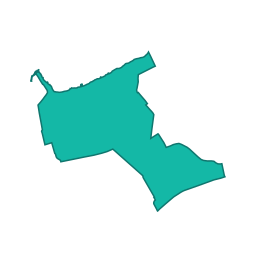 Bab Sharqi, Al Iskandariyah, Egypt, rotated 8°
{"feature_id": "37247803B50327552497363", "entity_name": "Bab Sharqi", "entity_type": "district", "adm_level": 2, "iso_a3": "EGY", "parent_name": "Egypt", "parent_adm1": "Al Iskandariyah", "projection": "albers", "projection_center": [29.912, 31.205], "detail": "fine", "context": "isolated", "style": "filled", "palette": "teal", "viewbox_px": 256, "rotation_deg": 8, "n_neighbors": 0, "source": "geoboundaries", "source_scale": "gbopen_adm2", "svg_char_len": 4808}
<svg xmlns="http://www.w3.org/2000/svg" viewBox="0 0 256 256"><g transform="rotate(8 128 128)"><path d="M66.2,170.8L82.6,165.0L88.5,162.9L97.9,159.7L105.3,156.7L110.5,154.3L115.9,151.0L149.3,173.2L149.9,175.0L163.8,192.8L163.3,193.1L165.1,195.5L164.3,196.5L164.0,197.4L163.9,198.1L163.9,198.8L164.2,199.6L164.5,200.1L167.5,204.2L168.6,205.9L168.9,206.1L170.6,203.8L175.7,197.9L182.7,190.0L183.7,189.1L188.2,185.2L189.5,184.1L191.1,182.9L192.7,181.9L196.8,179.8L210.0,172.9L220.1,167.5L221.8,166.8L226.8,164.8L230.8,162.8L230.0,161.7L225.9,150.3L224.4,150.8L222.0,151.0L219.9,150.3L217.7,149.0L215.3,149.0L211.2,149.6L207.3,149.6L204.8,149.0L201.5,147.0L191.8,140.3L189.3,138.9L183.3,136.8L180.6,136.2L177.9,137.0L175.2,138.1L172.6,139.8L168.5,141.9L167.7,140.6L165.4,137.3L163.9,135.6L159.2,130.1L158.5,129.6L152.0,135.1L151.8,126.9L151.7,111.2L150.6,109.7L149.4,108.6L146.6,106.3L142.4,102.7L143.8,101.2L141.2,98.5L135.3,93.3L133.2,91.4L132.6,91.8L131.9,91.0L131.2,89.1L131.4,87.5L131.7,80.9L131.0,77.4L130.8,73.7L144.6,64.1L146.4,63.0L140.4,53.8L137.7,49.9L137.5,50.5L137.2,51.2L136.9,51.5L136.8,52.0L136.0,53.0L135.4,53.5L134.7,54.6L134.2,55.1L133.5,55.6L132.6,56.1L132.2,56.2L131.1,56.5L130.2,56.9L129.0,57.5L127.1,58.1L125.7,58.7L125.0,59.1L124.6,59.2L124.3,59.6L124.1,59.9L123.7,60.4L123.3,60.6L123.2,60.8L121.3,62.1L119.8,63.4L119.5,63.7L118.8,63.9L118.3,64.0L117.9,64.2L117.4,64.3L117.1,64.4L116.8,64.6L116.4,65.0L115.2,66.6L114.6,67.1L114.2,67.5L113.9,67.8L113.6,68.3L113.3,68.7L112.9,69.1L110.9,70.3L108.7,70.6L106.6,72.2L104.4,74.0L104.2,74.6L103.9,75.0L103.6,75.4L102.9,76.1L101.9,76.7L101.7,76.4L101.4,76.3L101.1,76.3L100.8,76.4L100.6,76.7L100.5,77.0L100.6,77.4L100.1,77.8L99.2,78.1L98.7,78.4L98.4,78.7L98.1,79.5L96.5,80.6L95.6,81.2L94.8,81.7L94.5,81.8L94.4,81.7L94.1,81.5L94.0,81.2L93.9,81.2L93.8,81.3L93.7,81.5L93.8,81.8L93.9,82.0L94.0,82.2L93.9,82.3L92.8,82.9L92.4,83.2L91.9,83.4L91.7,83.4L91.4,83.4L90.8,83.5L90.0,84.0L89.6,84.4L88.7,84.8L88.3,85.1L87.9,85.6L87.3,86.0L87.0,86.3L86.5,86.6L86.1,87.1L85.6,87.3L85.1,87.5L84.7,87.7L84.2,88.1L83.8,88.6L83.7,88.8L83.5,89.1L83.1,89.5L82.7,89.7L80.9,90.7L79.9,91.5L78.9,92.1L78.2,92.5L77.6,92.8L77.2,93.0L76.6,93.2L76.4,92.7L76.7,92.5L76.6,91.1L76.3,90.9L76.1,91.0L75.9,91.1L75.9,91.5L75.2,91.6L75.2,91.9L75.2,93.0L76.1,92.6L76.3,93.3L76.1,93.5L75.9,93.5L75.4,93.7L75.0,93.8L74.6,94.1L73.8,94.4L73.0,94.4L72.5,94.8L72.4,94.9L72.3,95.1L72.2,95.1L71.9,95.3L71.2,95.6L70.0,95.8L69.3,95.8L68.3,96.1L67.2,96.2L66.8,96.3L66.5,96.2L66.4,96.5L66.1,96.9L65.8,97.0L65.3,97.0L65.2,97.0L65.1,97.6L64.8,98.1L64.3,98.6L63.3,99.3L62.0,99.9L61.4,100.1L60.6,100.3L59.2,100.8L58.9,101.0L58.0,101.4L57.6,101.5L57.2,101.7L55.6,102.1L55.2,102.2L54.7,102.3L53.7,102.2L52.3,102.3L51.3,102.3L50.5,102.2L50.0,102.3L49.9,102.3L49.5,101.9L49.0,101.5L47.8,100.1L47.7,99.9L47.6,99.7L47.2,99.1L47.0,98.6L46.8,98.3L46.7,98.0L46.5,97.8L46.3,97.5L46.0,97.1L45.5,96.9L45.3,96.7L44.7,96.5L44.5,96.2L44.5,95.9L44.3,95.9L44.1,96.0L44.0,95.9L43.8,95.9L43.7,95.9L43.0,95.5L42.3,95.1L42.3,94.1L42.2,94.0L42.1,94.6L41.0,94.2L40.7,93.9L40.0,93.6L39.8,93.4L39.1,93.0L38.3,92.5L37.9,92.0L37.6,91.8L37.2,91.2L37.0,90.7L37.0,90.2L36.9,89.9L36.7,89.8L36.3,89.9L36.1,89.8L35.4,89.0L35.3,88.8L35.4,88.7L35.3,88.4L35.2,88.3L34.9,88.1L34.9,87.8L34.6,87.4L34.3,87.2L34.2,87.1L34.2,86.9L33.9,86.7L34.0,86.6L33.9,86.5L33.6,86.6L33.4,86.4L33.2,85.9L32.9,85.7L32.6,85.4L32.4,85.2L31.9,84.6L31.7,84.5L31.7,84.8L31.8,84.9L31.9,85.3L31.6,85.2L31.2,85.2L30.5,85.3L30.3,85.2L30.2,85.4L30.0,85.5L29.7,85.9L29.6,86.0L29.5,86.4L29.4,86.4L29.5,86.8L27.9,88.2L27.8,88.3L27.7,88.2L27.7,87.9L28.0,87.5L28.1,87.2L28.3,87.2L28.4,86.9L28.4,86.5L28.4,86.0L28.6,85.6L28.8,85.0L29.0,85.0L29.0,84.9L29.3,84.9L29.6,84.5L29.8,84.3L30.3,84.1L30.5,84.0L30.7,83.9L30.6,83.7L30.8,83.7L30.9,83.8L31.0,83.6L31.2,83.9L31.4,84.1L31.5,84.4L31.5,84.5L31.4,84.6L31.5,84.6L31.6,84.2L31.3,83.7L31.3,83.4L31.4,83.2L31.6,82.9L31.5,82.7L31.4,82.7L31.3,82.9L31.1,83.0L30.8,83.3L30.7,83.4L30.7,83.6L29.8,84.0L29.2,84.6L28.9,84.6L28.5,85.0L28.3,85.4L28.0,86.1L28.1,86.3L28.0,86.5L27.9,86.9L27.5,87.7L27.3,88.0L27.4,88.3L27.0,88.8L26.1,89.5L25.9,89.8L25.6,89.8L25.5,90.4L25.6,90.5L25.4,91.7L25.5,92.1L25.4,92.6L25.4,93.2L25.3,93.7L25.4,94.0L25.2,94.6L25.3,94.7L25.4,95.2L25.5,95.2L25.9,95.0L25.8,94.9L25.9,93.3L25.9,93.2L25.8,92.9L25.9,91.4L25.9,90.4L28.1,88.4L29.4,87.2L29.5,87.1L30.0,87.9L30.6,88.5L31.7,89.7L34.4,93.1L37.3,96.5L37.5,96.7L38.2,96.7L38.3,96.9L41.6,100.7L42.6,101.9L42.9,102.3L43.3,104.1L43.3,104.5L42.0,107.2L41.1,108.7L39.9,111.0L37.9,114.4L35.7,117.8L36.4,120.0L38.1,125.6L43.5,141.8L43.2,142.2L43.0,142.6L42.9,143.1L43.0,143.6L43.6,144.7L43.9,145.4L48.1,156.2L54.5,153.2L59.0,163.3L59.8,163.9L60.8,166.3L61.3,167.1L62.3,168.0L63.8,168.6L65.6,169.4L66.2,170.8Z" fill="#14b8a6" stroke="#0f766e" stroke-width="1.5"/></g></svg>